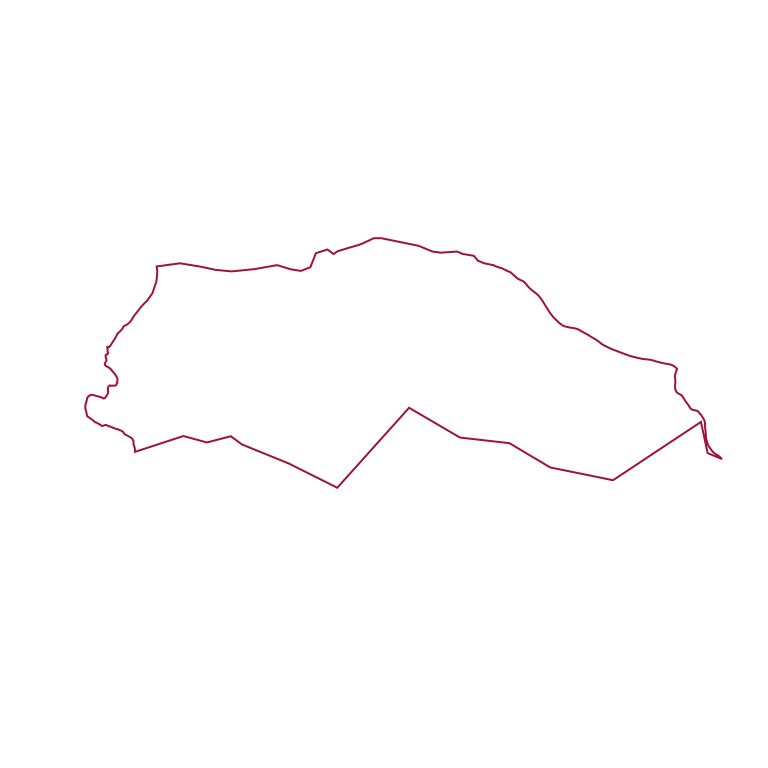 outline of Anse Cochon, Anse-la-Raye, Saint Lucia, rotated 339°
{"feature_id": "8701671B53100902069949", "entity_name": "Anse Cochon", "entity_type": "district", "adm_level": 2, "iso_a3": "LCA", "parent_name": "Saint Lucia", "parent_adm1": "Anse-la-Raye", "projection": "natural_earth1", "projection_center": [-61.053, 13.922], "detail": "fine", "context": "isolated", "style": "outline", "palette": "rose", "viewbox_px": 768, "rotation_deg": 339, "n_neighbors": 0, "source": "geoboundaries", "source_scale": "gbopen_adm2", "svg_char_len": 3721}
<svg xmlns="http://www.w3.org/2000/svg" viewBox="0 0 768 768"><g transform="rotate(339 384 384)"><path d="M349.7,248.6L346.8,248.6L337.9,243.4L326.8,234.7L304.5,230.4L282.2,224.3L268.0,217.3L254.6,208.6L236.8,198.2L213.9,192.8L213.8,193.4L213.2,195.2L213.1,196.4L212.2,198.7L209.0,205.3L208.0,207.1L207.2,208.1L205.9,209.5L203.4,212.5L202.5,213.7L200.5,216.1L196.6,218.8L193.0,221.2L190.1,222.4L189.4,222.7L185.4,224.7L179.8,228.0L175.4,230.6L172.3,232.9L170.5,234.3L168.8,235.4L167.3,235.8L165.8,236.3L165.2,236.5L163.3,236.5L162.1,236.9L161.4,236.9L159.7,238.6L158.5,239.3L155.2,240.8L153.7,241.3L153.0,241.7L150.9,243.7L148.3,245.8L146.6,246.9L144.4,248.6L142.6,250.0L141.1,250.6L140.4,251.0L140.1,250.7L139.0,250.2L138.7,250.8L138.4,252.1L138.3,253.1L137.6,254.5L137.6,255.5L137.6,256.4L136.9,256.8L136.0,257.2L135.6,256.9L134.6,257.1L134.2,257.8L134.0,258.5L133.7,260.3L133.7,261.6L133.3,262.6L132.7,263.1L131.5,264.1L130.5,265.0L130.4,266.5L131.1,267.8L132.1,269.2L132.8,269.7L134.0,271.7L134.9,274.3L135.8,276.7L136.5,278.9L136.9,281.1L136.9,283.5L136.9,284.1L135.8,286.2L135.7,287.2L135.0,287.3L134.1,288.4L133.6,289.1L132.4,289.1L130.5,288.4L129.1,288.0L128.0,287.5L127.6,287.1L126.0,287.5L124.8,288.8L123.7,292.1L123.6,292.8L122.7,294.0L121.9,294.7L120.6,295.7L119.7,296.2L118.7,297.0L117.8,297.1L117.3,297.2L116.6,296.7L116.1,295.8L108.7,290.2L107.2,289.2L105.8,289.2L104.1,289.4L102.7,290.1L102.3,290.3L101.9,290.8L100.2,293.2L98.7,295.6L97.7,296.5L96.3,300.1L96.3,302.3L95.8,304.5L95.4,307.3L95.5,307.9L97.3,310.6L98.8,312.7L100.8,316.4L101.6,316.9L103.6,319.2L105.8,322.3L107.6,322.3L109.2,322.4L110.1,322.9L116.7,329.0L119.8,331.4L121.0,332.7L121.8,333.1L123.1,334.9L123.4,336.0L123.7,337.4L124.1,338.4L124.6,338.8L125.6,339.8L126.7,341.2L127.5,342.0L128.5,343.3L129.5,345.3L129.5,346.2L129.7,347.6L128.9,349.5L128.6,350.4L128.4,354.5L127.4,357.6L127.2,358.1L178.1,360.7L197.7,375.1L222.3,377.9L229.6,389.4L266.4,423.9L303.2,464.1L398.9,415.2L435.7,461.2L479.9,484.2L509.3,521.5L563.3,555.9L609.2,545.7L666.3,533.0L661.4,564.5L672.6,575.2L671.2,572.0L670.1,570.2L668.6,568.4L667.2,566.3L666.6,564.9L666.1,563.3L665.6,561.5L665.0,559.1L664.7,556.7L664.8,554.1L665.1,551.1L665.6,548.8L666.4,546.3L667.1,544.0L668.0,540.5L668.9,537.2L669.7,535.4L670.1,533.2L669.8,531.1L669.6,529.7L669.2,527.7L668.5,525.3L667.6,522.8L667.0,521.6L665.7,520.5L663.5,519.1L662.4,518.3L661.9,517.7L661.4,516.5L660.9,514.5L660.4,511.8L659.6,509.4L659.1,507.3L658.8,505.3L658.3,503.0L657.9,501.3L656.5,499.6L654.9,497.8L654.3,496.4L654.0,494.4L654.1,493.2L654.7,490.9L655.4,489.3L656.3,487.4L657.3,485.1L657.7,483.4L658.0,481.9L658.7,480.0L659.3,479.4L660.2,478.4L661.2,476.8L663.0,475.3L662.2,473.0L660.9,470.9L659.2,469.1L656.7,467.3L654.0,465.9L647.6,461.5L646.2,460.5L643.1,458.1L641.3,456.8L635.9,454.0L634.1,453.1L630.1,450.5L623.6,445.9L616.9,440.0L608.5,432.5L605.4,429.1L603.6,427.2L601.4,424.4L599.6,421.2L597.4,418.1L594.6,414.6L591.9,411.0L589.6,408.3L586.8,405.0L584.6,402.3L582.9,400.9L580.6,399.5L577.6,397.8L573.6,395.1L571.9,393.6L569.9,390.6L568.5,387.7L567.1,384.6L566.2,382.6L565.2,379.7L564.3,376.4L563.6,373.0L562.7,368.4L561.9,363.9L561.3,361.3L560.0,357.1L558.6,354.2L557.1,351.7L555.7,349.4L554.5,347.2L553.2,344.1L552.5,341.7L551.1,338.4L549.9,337.0L548.9,336.1L546.7,333.7L544.9,330.5L542.3,325.2L539.6,322.6L535.8,318.5L529.5,313.4L529.3,312.7L528.4,312.1L520.8,307.2L515.9,302.6L513.8,296.5L504.1,290.8L499.8,286.6L483.7,281.6L476.7,277.7L465.7,267.3L433.7,246.9L427.0,244.3L424.6,244.4L413.6,245.2L412.4,245.1L410.8,245.2L400.4,244.3L390.6,243.6L388.5,243.4L383.5,244.6L379.4,238.2L367.3,237.5L357.1,248.6L354.3,248.6L351.8,248.6L349.7,248.6Z" fill="none" stroke="#9f1239" stroke-width="2"/></g></svg>